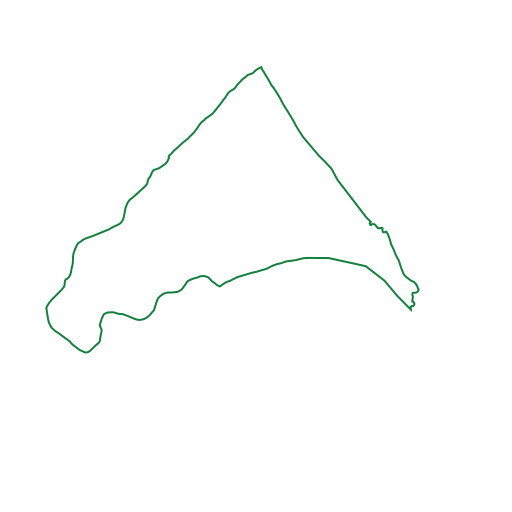 Tonpheung, Bokeo, Laos (Robinson projection), rotated 29°
{"feature_id": "54806243B26720131925701", "entity_name": "Tonpheung", "entity_type": "district", "adm_level": 2, "iso_a3": "LAO", "parent_name": "Laos", "parent_adm1": "Bokeo", "projection": "robinson", "projection_center": [100.271, 20.454], "detail": "fine", "context": "isolated", "style": "outline", "palette": "green", "viewbox_px": 512, "rotation_deg": 29, "n_neighbors": 0, "source": "geoboundaries", "source_scale": "gbopen_adm2", "svg_char_len": 5068}
<svg xmlns="http://www.w3.org/2000/svg" viewBox="0 0 512 512"><g transform="rotate(29 256 256)"><path d="M417.4,227.8L416.5,226.3L416.0,225.2L416.5,224.3L417.8,223.4L418.1,222.7L418.0,221.8L417.6,220.8L417.1,220.6L416.3,219.9L415.6,219.7L415.1,220.1L414.6,219.9L414.2,218.9L413.7,217.5L413.3,216.2L412.8,215.4L411.8,214.4L411.2,213.4L411.1,212.8L411.2,212.0L411.9,211.6L412.6,211.3L413.4,210.7L414.2,209.9L414.6,209.0L414.8,207.7L414.6,206.7L414.1,206.1L413.3,205.8L412.6,205.3L412.2,204.7L411.4,204.0L410.4,203.5L409.5,203.1L408.9,202.7L406.9,202.2L403.5,202.4L400.0,201.9L398.5,201.7L398.4,201.7L395.1,200.8L393.1,199.7L389.7,196.8L386.6,194.1L383.7,191.2L381.7,189.9L378.2,187.6L373.1,183.5L368.3,180.1L365.3,176.9L361.9,174.0L360.5,172.8L359.7,172.5L359.2,172.3L358.5,171.7L358.1,171.5L357.9,171.6L357.5,172.0L357.0,172.7L356.5,173.2L356.2,173.4L355.8,173.5L355.5,173.5L355.2,173.3L354.5,172.7L354.3,172.4L354.0,172.0L353.7,171.4L353.5,170.7L353.3,170.4L353.0,170.3L352.7,170.3L352.2,170.6L351.6,171.1L351.3,171.2L350.7,171.6L350.5,171.9L349.7,172.3L349.4,172.5L348.8,172.5L348.5,172.4L347.8,172.0L347.1,171.7L346.6,171.5L346.1,171.4L345.8,171.2L345.2,170.9L344.8,170.9L344.2,170.9L343.5,171.1L343.0,171.3L342.8,171.5L342.4,171.7L342.2,171.8L341.7,172.4L341.6,172.7L341.6,173.0L341.4,173.3L341.1,173.4L340.8,173.3L340.6,173.2L340.4,172.9L339.9,172.6L339.6,172.3L339.7,171.4L339.7,170.8L339.8,170.5L333.9,168.8L290.5,150.0L279.8,143.1L275.2,141.6L270.1,139.9L262.2,137.7L255.8,135.3L248.4,132.5L239.7,129.2L231.8,125.0L227.5,122.5L221.9,118.9L214.1,114.4L207.4,110.8L203.1,108.0L198.7,105.2L194.9,103.1L191.3,101.1L186.9,99.2L182.9,96.7L179.6,94.7L176.3,92.9L173.5,91.2L170.9,89.9L169.2,88.3L168.6,88.9L168.0,89.7L167.6,90.5L167.0,91.4L166.3,92.6L165.8,93.8L165.6,94.6L165.3,95.0L165.1,95.8L164.8,96.8L164.6,97.5L163.9,98.5L163.1,99.4L162.0,100.6L161.6,101.1L161.1,101.7L160.8,102.3L160.4,103.8L159.9,104.8L159.5,105.9L159.0,106.8L158.4,108.3L158.0,109.7L157.6,111.6L157.4,112.3L156.8,114.6L156.4,116.6L156.4,117.7L156.3,118.6L156.1,119.3L155.6,120.8L155.2,121.6L154.4,122.9L153.9,123.6L153.5,124.5L153.1,125.3L152.8,126.3L152.5,128.2L152.4,129.5L152.4,131.1L152.3,132.4L152.1,133.6L151.8,135.2L151.5,137.9L151.2,140.2L150.5,143.8L150.2,146.4L149.8,148.6L149.4,150.4L149.1,151.8L148.6,153.3L147.9,155.1L146.9,157.1L145.7,159.3L145.2,160.6L145.0,161.4L144.9,162.0L143.6,164.9L143.0,168.0L142.7,171.0L142.7,172.7L142.2,175.3L141.9,178.1L141.5,179.4L140.3,183.5L140.0,184.4L139.7,186.0L138.5,189.0L137.3,191.7L136.2,194.9L135.4,197.5L134.1,201.2L133.3,202.9L132.5,206.7L132.3,208.2L132.0,208.8L131.9,209.1L131.4,209.9L131.3,210.7L131.6,211.7L132.2,212.3L132.5,213.0L132.5,214.5L132.6,216.4L132.5,217.1L132.3,218.5L131.8,220.0L130.9,221.7L130.1,223.3L128.6,226.3L127.3,227.7L125.1,230.1L124.7,230.9L124.5,231.9L124.5,233.4L124.9,236.4L124.9,238.0L124.6,240.7L124.7,241.8L125.1,243.4L125.5,244.3L125.7,245.3L125.7,246.9L125.2,248.9L123.9,252.7L123.2,254.8L121.9,258.6L120.6,262.4L119.5,265.5L118.5,267.4L118.2,268.8L117.9,271.2L118.0,273.2L118.6,277.4L119.1,278.7L120.0,281.6L121.3,285.4L122.0,288.2L122.0,290.0L121.9,291.8L121.2,293.7L120.5,295.0L117.7,298.8L114.1,304.5L103.3,317.9L99.0,322.7L97.6,324.5L96.5,326.5L95.8,328.3L94.8,329.9L94.3,330.8L94.3,331.0L93.9,333.1L94.2,334.6L94.4,337.1L95.0,341.7L96.2,345.1L97.9,348.4L99.2,350.9L99.8,352.9L100.5,355.5L102.2,360.3L102.7,364.6L102.1,367.1L101.0,368.6L101.0,370.4L101.9,372.6L102.8,374.4L102.9,375.9L103.0,376.4L102.4,379.7L98.6,393.0L97.8,397.2L97.7,399.4L97.5,401.9L98.3,403.8L99.8,405.7L104.0,411.1L107.0,414.5L109.0,415.9L110.8,417.2L112.8,418.1L114.9,418.5L117.0,419.0L121.6,419.3L125.8,419.9L128.0,420.2L132.3,420.7L134.4,420.9L136.4,421.8L138.6,422.4L142.9,423.1L147.3,423.7L149.3,423.5L151.4,423.4L153.4,423.2L155.5,421.7L156.7,419.8L158.8,413.0L159.5,410.8L160.4,408.7L160.7,407.1L160.4,405.3L159.3,402.6L158.4,400.1L157.5,396.8L156.2,394.8L154.1,393.4L152.6,391.7L152.2,388.9L151.3,385.0L151.2,380.8L152.0,379.4L153.5,377.4L155.5,376.2L157.2,375.1L158.8,374.3L163.9,373.2L167.8,371.4L174.1,370.5L178.3,370.1L182.2,369.5L185.2,368.4L188.2,365.9L190.2,363.2L191.5,359.9L192.9,353.5L193.0,352.2L192.9,352.1L191.4,344.7L190.8,340.7L191.7,337.4L193.8,333.3L196.5,330.7L198.8,329.5L201.7,327.6L204.5,325.6L206.0,323.7L207.3,320.9L208.1,314.9L208.1,313.8L208.3,312.4L208.5,311.0L209.4,309.7L210.8,307.8L210.9,307.7L212.2,306.1L213.9,304.4L215.4,303.0L216.8,301.2L217.8,300.2L219.1,299.4L220.7,298.5L222.3,298.2L223.9,297.9L225.1,297.9L226.5,298.4L228.4,299.0L230.0,299.5L231.8,299.6L233.2,299.7L234.6,300.1L235.1,300.2L236.4,300.4L237.0,300.3L239.2,300.1L239.6,299.2L241.0,296.3L241.8,294.8L243.0,292.8L245.3,290.3L248.0,286.3L250.1,283.3L253.4,280.0L255.3,278.0L257.2,276.1L259.2,274.0L261.3,272.0L264.5,269.2L267.8,265.7L270.0,263.6L271.7,261.7L272.9,259.9L275.1,256.6L278.5,252.7L281.4,250.2L284.1,247.1L285.5,245.7L290.2,242.3L293.4,239.8L296.4,236.9L298.6,234.9L301.7,232.9L317.1,224.4L320.4,222.6L356.9,211.7L380.4,215.3L398.9,222.4L417.4,227.8Z" fill="none" stroke="#15803d" stroke-width="2"/></g></svg>